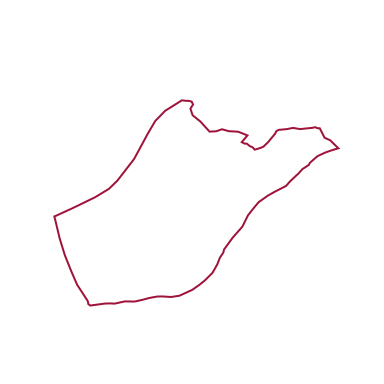 the district of Omala, Kogi, Nigeria, rotated 238°
{"feature_id": "59680162B69944768623609", "entity_name": "Omala", "entity_type": "district", "adm_level": 2, "iso_a3": "NGA", "parent_name": "Nigeria", "parent_adm1": "Kogi", "projection": "equal_earth", "projection_center": [7.533, 7.781], "detail": "fine", "context": "isolated", "style": "outline", "palette": "rose", "viewbox_px": 384, "rotation_deg": 238, "n_neighbors": 0, "source": "geoboundaries", "source_scale": "gbopen_adm2", "svg_char_len": 1416}
<svg xmlns="http://www.w3.org/2000/svg" viewBox="0 0 384 384"><g transform="rotate(238 192 192)"><path d="M151.5,339.3L162.6,336.6L167.8,333.2L178.4,334.1L179.5,332.3L181.7,330.8L182.6,328.1L185.4,322.5L188.1,316.9L188.6,316.4L192.4,312.1L193.0,311.2L195.1,305.7L196.8,302.3L198.7,298.6L198.9,295.7L197.3,293.1L193.9,282.8L192.6,276.6L192.9,274.4L193.7,271.2L194.7,267.6L197.8,267.1L200.4,265.3L204.0,264.1L205.2,262.2L207.9,260.6L210.6,269.0L216.8,264.5L218.9,262.8L224.0,255.5L229.3,250.7L230.7,244.6L233.9,238.9L247.5,236.4L256.7,233.2L263.5,234.8L265.7,239.3L268.8,239.6L270.9,237.7L272.6,235.1L275.1,232.0L275.1,212.2L274.0,208.0L271.8,198.7L265.0,185.6L250.8,160.6L250.6,160.2L241.2,134.8L238.7,123.2L238.9,107.1L239.7,99.5L241.7,81.0L242.4,75.8L244.0,63.4L244.2,62.3L243.4,62.0L239.5,60.8L222.8,55.2L205.9,50.7L189.2,47.7L174.0,45.4L171.8,45.5L154.8,45.8L151.8,44.7L149.6,45.6L143.6,58.9L141.0,63.4L138.3,67.3L134.8,77.1L129.5,85.3L126.8,92.9L124.8,99.5L121.9,106.9L119.1,111.6L114.0,118.7L110.7,126.4L108.9,140.3L109.3,148.5L110.0,154.4L110.1,155.6L112.6,166.6L117.3,175.2L121.5,180.8L124.0,186.4L126.2,188.6L131.8,202.5L135.9,216.3L142.6,227.2L145.9,236.5L148.1,243.2L148.7,254.5L148.4,261.9L147.3,275.0L149.0,280.6L150.3,287.0L150.4,287.4L151.2,291.9L152.9,297.8L153.1,305.7L154.3,307.5L155.9,317.5L154.8,326.3L153.4,332.2L152.2,336.9L151.5,339.3Z" fill="none" stroke="#9f1239" stroke-width="2"/></g></svg>